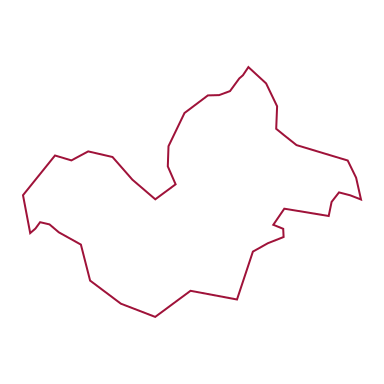 the District of Şoldăneşti
{"feature_id": "MDA-1646", "entity_name": "Şoldăneşti", "entity_type": "District", "adm_level": 1, "iso_a3": "MDA", "parent_name": "Moldova", "parent_adm1": "", "projection": "orthographic", "projection_center": [28.717, 47.85], "detail": "fine", "context": "isolated", "style": "outline", "palette": "rose", "viewbox_px": 384, "rotation_deg": 0, "n_neighbors": 0, "source": "natural_earth", "source_scale": "10m", "svg_char_len": 695}
<svg xmlns="http://www.w3.org/2000/svg" viewBox="0 0 384 384"><path d="M155.2,316.9L120.9,303.7L90.1,280.6L80.9,244.6L58.8,232.3L49.5,224.4L40.1,222.2L35.4,228.6L30.2,233.1L23.0,195.2L55.0,155.5L71.4,160.4L88.2,151.4L112.5,157.0L132.4,179.7L155.3,199.3L175.6,184.3L167.8,166.4L168.5,146.2L184.5,113.0L207.9,95.4L219.1,95.1L230.0,91.1L239.3,78.4L242.9,75.3L248.2,67.4L248.4,67.1L248.6,67.3L266.1,83.4L277.1,106.3L276.2,128.8L283.8,135.0L296.5,145.1L347.7,160.5L356.1,177.7L361.0,199.5L350.2,195.3L339.0,192.4L331.6,201.9L328.7,216.0L284.3,208.7L273.3,224.8L283.2,228.8L283.6,237.0L267.9,243.2L252.9,251.6L237.0,299.5L190.5,290.8L155.2,316.9Z" fill="none" stroke="#9f1239" stroke-width="2"/></svg>